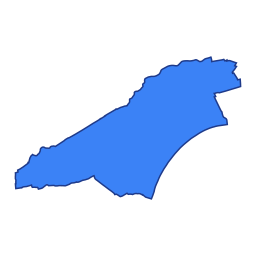 outline of Tiel, Gelderland, Netherlands
{"feature_id": "6326949B29204266624827", "entity_name": "Tiel", "entity_type": "district", "adm_level": 2, "iso_a3": "NLD", "parent_name": "Netherlands", "parent_adm1": "Gelderland", "projection": "natural_earth1", "projection_center": [5.408, 51.887], "detail": "fine", "context": "isolated", "style": "filled", "palette": "blue", "viewbox_px": 256, "rotation_deg": 0, "n_neighbors": 0, "source": "geoboundaries", "source_scale": "gbopen_adm2", "svg_char_len": 5484}
<svg xmlns="http://www.w3.org/2000/svg" viewBox="0 0 256 256"><path d="M32.5,154.5L31.9,155.2L31.3,155.7L31.0,156.0L30.4,157.1L30.3,157.3L30.1,157.6L29.8,158.4L29.7,158.8L28.7,162.6L28.0,162.5L27.9,163.4L23.2,166.9L20.0,169.0L18.4,169.8L17.7,170.1L18.0,172.0L15.4,172.9L15.5,173.5L15.5,174.9L15.4,176.4L15.4,177.2L15.4,178.7L15.6,179.4L15.8,179.7L15.9,180.2L15.8,182.2L15.9,183.8L15.4,183.9L15.8,188.6L20.7,187.9L21.2,187.6L21.7,187.9L22.8,187.1L23.2,186.9L23.4,186.9L23.7,186.8L26.7,186.5L31.5,185.1L31.7,186.0L31.9,186.5L32.3,187.3L35.1,187.2L35.6,187.4L36.7,187.4L37.6,187.4L37.8,187.6L38.4,189.1L40.9,188.5L41.3,188.4L41.8,188.2L42.1,188.1L42.9,187.6L43.6,187.0L45.2,185.8L46.4,184.9L46.7,184.8L47.3,184.8L48.0,185.2L48.6,185.7L51.9,185.5L53.4,185.4L54.1,185.5L54.3,185.5L55.0,185.9L55.5,185.9L56.3,185.9L57.3,185.9L57.8,185.8L59.1,185.6L60.4,185.6L63.8,185.7L64.8,185.8L65.3,185.8L66.5,185.4L69.0,184.4L69.4,184.3L70.1,183.8L70.7,183.4L71.3,183.1L71.7,183.0L74.1,182.8L75.6,182.4L76.0,182.2L76.0,182.3L76.4,182.2L77.5,182.2L78.2,182.1L78.4,182.1L79.6,181.7L80.2,181.4L81.3,180.9L82.7,180.3L85.1,179.8L88.0,178.9L88.3,178.8L89.0,178.4L90.7,177.3L91.6,176.8L93.0,176.1L93.7,175.8L94.0,175.7L94.6,177.8L94.8,178.1L95.1,178.7L95.5,179.2L95.8,179.4L96.2,179.8L97.0,180.3L103.7,185.5L103.8,185.5L108.8,189.3L111.6,191.3L113.7,193.0L114.1,193.4L114.4,193.7L114.6,194.1L114.6,194.4L114.7,194.6L114.9,194.6L115.0,194.5L115.1,194.4L116.2,194.2L116.4,194.2L117.8,195.0L119.0,195.8L120.2,196.6L121.2,196.4L122.1,196.1L123.4,195.4L124.2,194.9L125.6,194.1L126.9,193.3L127.1,193.3L127.3,193.4L127.8,194.0L128.2,194.2L128.3,194.3L130.0,194.1L131.2,194.2L131.8,194.3L132.4,194.4L132.6,194.5L134.0,193.9L134.6,193.7L135.1,193.6L136.0,193.5L136.3,193.5L137.3,193.7L138.7,193.6L140.1,193.7L140.4,193.8L140.9,194.1L141.1,194.3L142.0,194.6L142.5,195.1L142.9,195.2L143.0,194.9L143.6,195.5L145.6,197.1L151.4,198.9L152.6,195.9L154.1,191.6L154.7,188.7L154.8,188.5L155.4,186.5L156.7,183.4L157.8,181.0L159.1,177.8L160.2,175.5L163.9,168.9L166.4,165.2L168.2,162.3L173.0,156.1L175.1,153.5L180.0,148.1L180.8,147.3L183.6,144.7L186.2,142.5L191.1,138.5L199.1,133.3L200.8,132.3L203.0,131.1L205.0,130.1L207.6,129.0L209.5,128.2L211.0,127.7L212.5,127.2L214.1,126.8L215.8,126.3L218.3,125.8L225.4,124.8L227.3,124.5L226.8,119.9L226.2,118.8L224.6,117.7L223.6,117.2L222.9,115.9L222.3,113.9L221.9,111.9L221.1,111.0L220.9,110.6L219.6,108.0L216.8,102.2L216.7,101.9L216.6,101.7L216.3,101.2L214.3,96.9L215.7,96.5L214.5,93.9L214.3,93.5L214.5,93.5L215.9,93.0L217.0,92.7L217.7,92.6L218.2,92.6L219.0,92.7L219.3,92.8L225.8,91.0L231.7,89.2L236.7,87.7L239.3,86.9L240.6,86.5L240.5,83.6L240.2,79.2L237.6,79.8L237.2,78.6L236.8,77.8L234.6,74.4L233.8,73.1L233.7,73.0L232.6,73.3L232.3,72.3L232.3,72.2L233.5,70.7L234.9,68.9L235.9,67.3L236.5,66.4L234.7,65.8L236.4,62.9L230.3,60.8L229.7,60.6L229.2,60.6L228.8,60.6L227.2,60.9L226.9,61.0L226.9,60.0L225.3,60.8L224.9,60.9L224.4,60.2L223.8,59.4L223.1,59.6L221.9,59.9L211.7,61.6L211.7,60.5L211.5,59.3L211.3,58.5L210.9,57.4L211.0,57.3L210.9,57.1L208.7,57.9L205.9,58.6L205.2,58.9L204.7,59.1L204.2,59.5L202.2,61.0L201.6,61.3L200.9,61.5L200.4,61.5L199.9,61.6L199.5,61.5L199.0,61.2L197.2,60.2L196.8,60.0L196.6,59.9L196.1,59.8L195.5,59.8L193.7,60.4L193.1,60.5L191.7,60.8L190.6,60.9L190.2,61.0L187.3,60.8L186.3,60.8L184.5,60.9L183.6,61.0L182.4,61.3L182.1,61.4L181.6,61.7L181.3,61.9L181.1,62.2L180.8,62.5L178.3,65.1L177.8,65.4L177.4,65.6L177.0,65.7L176.7,65.8L176.1,65.8L173.8,65.5L173.0,65.4L171.8,65.4L171.1,65.5L170.3,65.6L169.3,65.8L168.6,66.0L168.0,66.2L166.8,66.8L163.5,68.6L162.4,69.2L161.7,69.7L161.4,70.0L161.0,70.5L160.7,71.5L159.8,73.3L159.3,74.0L159.0,74.2L158.7,74.5L157.6,75.1L156.5,75.7L155.7,76.0L155.3,76.1L154.7,76.3L153.6,76.4L151.5,76.4L151.2,76.4L150.0,76.7L148.4,77.0L147.9,77.2L146.4,78.0L145.5,78.4L145.2,78.6L145.0,78.8L144.9,79.1L144.8,79.4L144.6,80.1L144.6,80.4L144.6,81.0L144.7,81.5L144.7,82.0L144.6,82.4L144.3,82.9L144.1,83.1L143.5,83.5L143.1,83.8L142.9,84.0L142.8,84.3L142.8,84.5L142.7,84.9L142.8,85.2L142.9,85.8L142.9,86.2L142.9,86.4L142.9,86.5L142.7,86.9L142.3,87.3L141.7,87.9L141.4,88.2L141.0,88.7L140.6,89.4L140.2,89.7L138.9,90.5L138.0,91.0L137.7,91.2L137.3,91.3L136.2,91.3L135.8,91.4L135.2,91.6L134.7,92.0L134.4,92.4L134.3,92.7L134.3,93.0L134.4,93.7L134.4,94.0L134.2,94.6L133.9,95.2L133.0,96.4L132.7,96.8L132.4,97.3L132.0,97.9L131.7,98.1L131.3,98.4L130.6,98.7L130.2,98.8L129.8,99.0L129.7,99.1L129.6,99.3L129.6,99.7L129.6,100.0L129.6,100.5L129.6,101.5L129.5,102.1L129.4,102.4L129.2,102.8L128.4,103.7L128.1,104.1L127.7,104.7L127.4,105.4L126.9,105.5L126.8,105.8L126.2,105.9L124.2,106.2L123.7,106.5L120.7,107.4L117.4,109.0L117.1,109.2L116.1,108.9L115.8,109.4L114.4,110.2L110.8,112.3L107.5,114.2L104.9,115.8L105.1,116.0L101.3,118.4L101.1,118.3L100.3,118.8L100.5,118.9L96.6,121.3L93.0,123.4L88.1,126.5L81.8,130.4L75.4,134.2L68.8,137.9L68.2,137.9L65.2,139.7L64.3,140.6L57.0,145.4L56.5,145.7L55.5,146.4L55.3,146.3L55.1,146.4L54.3,146.1L53.6,146.0L53.2,146.1L51.9,146.2L51.3,146.4L50.8,146.6L50.5,146.8L50.2,147.2L50.0,147.6L49.8,147.9L49.4,148.1L48.9,148.2L48.6,148.2L46.8,148.1L46.3,148.1L45.6,148.0L45.2,147.9L44.4,147.4L44.0,147.2L43.8,147.2L43.4,147.1L42.8,147.1L42.2,147.3L41.6,147.6L41.0,148.2L40.8,148.4L40.5,148.9L40.4,149.2L40.3,150.3L40.2,151.0L40.1,151.3L39.6,152.3L39.4,152.9L39.0,153.4L38.9,153.6L38.3,154.0L37.8,154.4L37.1,155.3L36.6,155.6L36.0,155.7L35.8,155.7L34.5,155.4L33.9,155.2L33.2,154.9L32.5,154.5Z" fill="#3b82f6" stroke="#1e3a8a" stroke-width="1.5"/></svg>